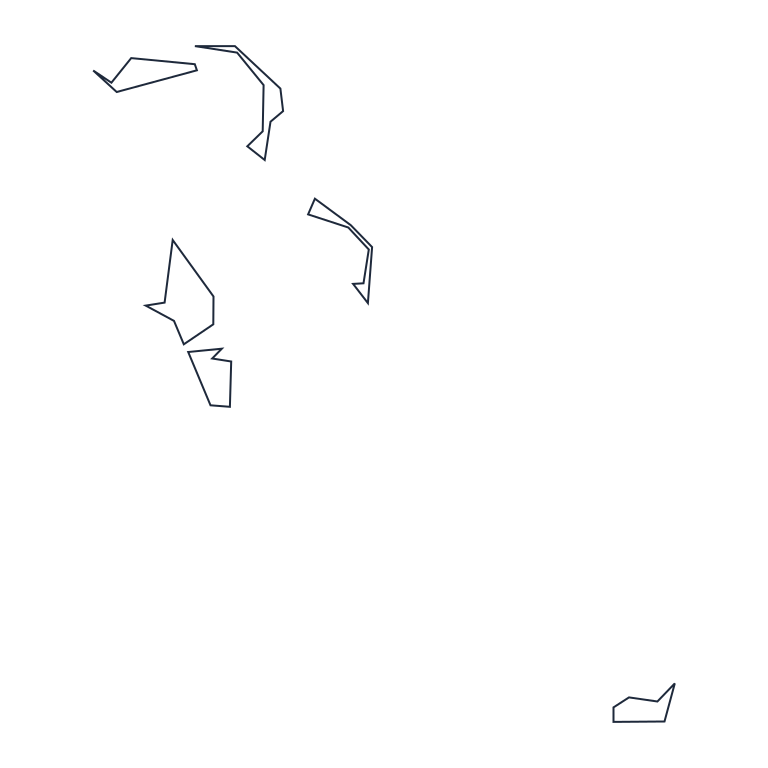 map outline of The Bahamas (Robinson projection)
{"feature_id": "BHS", "entity_name": "The Bahamas", "entity_type": "country or territory", "adm_level": 0, "iso_a3": "BHS", "parent_name": "North America", "parent_adm1": "", "projection": "robinson", "projection_center": [-76.093, 23.939], "detail": "coarse", "context": "isolated", "style": "outline", "palette": "slate", "viewbox_px": 768, "rotation_deg": 0, "n_neighbors": 0, "source": "natural_earth", "source_scale": "50m", "svg_char_len": 719}
<svg xmlns="http://www.w3.org/2000/svg" viewBox="0 0 768 768"><path d="M213.5,296.5L213.3,324.3L183.8,344.3L174.0,320.9L145.7,305.6L164.6,302.6L172.7,240.0L213.5,296.5ZM221.8,348.7L212.2,358.5L231.2,361.5L229.9,406.8L210.5,405.3L188.2,352.0L221.8,348.7ZM674.8,683.4L664.5,721.5L613.5,721.9L613.5,707.4L629.0,697.4L657.4,701.5L674.8,683.4ZM264.7,160.0L247.3,146.3L262.7,131.3L263.6,85.1L237.1,52.6L194.9,46.1L234.9,46.1L280.4,88.6L283.1,111.1L270.5,121.7L264.7,160.0ZM131.2,58.1L194.8,64.2L196.9,70.3L116.7,92.0L93.2,70.5L111.4,82.7L131.2,58.1ZM314.9,198.7L350.8,225.2L372.1,247.1L367.9,303.1L353.1,283.9L363.5,283.3L368.8,249.5L348.3,227.5L308.1,214.4L314.9,198.7Z" fill="none" stroke="#1e293b" stroke-width="2"/></svg>